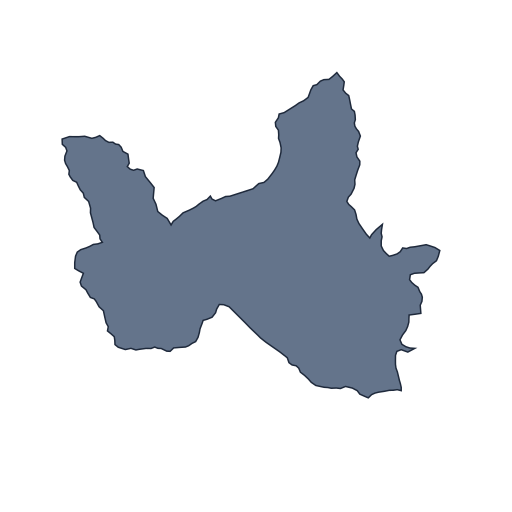 outline of Garça, São Paulo, Brazil, rotated 70°
{"feature_id": "56859067B4895649767626", "entity_name": "Garça", "entity_type": "district", "adm_level": 2, "iso_a3": "BRA", "parent_name": "Brazil", "parent_adm1": "São Paulo", "projection": "orthographic", "projection_center": [-49.7, -22.232], "detail": "fine", "context": "isolated", "style": "filled", "palette": "slate", "viewbox_px": 512, "rotation_deg": 70, "n_neighbors": 0, "source": "geoboundaries", "source_scale": "gbopen_adm2", "svg_char_len": 3925}
<svg xmlns="http://www.w3.org/2000/svg" viewBox="0 0 512 512"><g transform="rotate(70 256 256)"><path d="M111.3,117.3L113.3,122.1L115.0,127.0L113.5,131.9L113.7,135.7L115.8,140.2L115.5,144.0L118.6,147.6L121.5,150.0L124.8,152.8L126.4,158.1L126.9,163.3L128.1,167.5L129.3,173.1L130.9,180.5L130.5,185.7L133.8,187.7L137.0,192.1L141.0,193.1L145.4,191.9L149.9,193.2L153.2,194.6L157.6,194.6L163.0,195.4L167.1,197.1L171.8,200.2L175.6,202.8L178.7,205.6L181.5,209.0L183.9,212.4L187.8,218.6L189.6,223.3L188.9,228.6L190.1,231.7L191.8,235.8L190.9,260.1L189.7,264.2L190.1,268.8L190.3,275.2L187.4,277.9L184.1,278.4L186.2,282.7L186.4,287.0L187.8,292.0L189.0,295.3L189.6,298.6L190.1,302.9L190.5,309.8L192.6,314.4L194.1,318.6L195.1,321.9L197.8,325.2L190.3,326.6L185.6,330.1L180.6,333.1L173.2,332.3L166.6,332.9L161.5,330.5L156.8,328.3L151.6,330.0L143.6,332.8L137.2,332.6L133.6,337.9L133.6,341.7L131.4,344.5L128.0,346.4L125.4,343.4L121.5,342.6L116.5,341.5L112.2,345.3L107.6,345.5L104.3,346.9L102.8,349.7L100.1,351.6L98.9,355.4L96.0,358.0L93.1,359.4L89.4,361.7L89.7,365.9L89.3,370.0L84.9,376.0L83.2,382.0L81.6,386.3L80.0,390.5L79.8,398.2L84.8,399.8L88.8,397.7L92.6,397.7L96.8,401.4L100.5,403.1L104.0,403.3L107.8,402.6L111.9,402.2L115.2,403.9L118.2,403.5L122.3,402.3L125.4,399.3L129.4,399.0L133.7,398.5L137.9,396.8L142.2,397.3L147.5,394.6L154.5,395.1L158.8,396.8L163.4,397.2L168.9,397.7L173.8,398.4L179.0,396.8L182.9,395.7L186.5,396.7L190.6,395.7L190.5,400.5L189.5,404.9L190.1,408.9L190.3,412.9L190.1,418.5L191.2,422.6L194.4,425.6L200.2,428.6L205.7,430.6L209.3,427.7L213.2,424.1L217.4,427.7L220.4,430.2L224.5,430.3L229.6,427.3L233.3,426.8L238.3,425.8L241.0,422.6L244.2,421.7L250.1,420.8L255.2,418.1L261.7,419.0L267.5,419.7L271.9,419.0L275.6,421.2L279.6,418.8L283.3,416.8L286.9,417.5L291.0,418.8L294.6,416.7L299.2,410.8L300.0,405.1L303.2,401.0L303.8,397.4L305.2,391.0L307.0,386.3L306.9,382.3L309.2,379.8L310.5,376.7L314.9,372.4L316.2,369.3L314.2,364.8L315.9,358.6L317.4,353.4L317.3,350.0L316.2,345.9L315.8,342.0L312.6,338.3L308.7,335.5L305.3,333.5L300.9,329.7L298.4,327.7L298.7,323.7L298.5,318.2L295.5,313.4L292.4,311.1L289.0,307.1L290.7,303.0L294.5,298.6L315.0,289.0L321.5,286.1L331.0,281.4L334.5,279.8L340.5,276.1L354.0,266.6L362.3,261.4L367.5,261.5L370.7,259.4L372.9,255.8L376.0,254.2L380.4,254.0L384.8,251.2L389.6,248.8L393.6,247.3L398.1,244.1L400.9,239.7L402.7,236.8L404.2,233.4L406.0,230.5L407.5,225.7L409.4,222.0L409.2,216.5L413.1,210.6L417.2,206.9L421.3,205.7L424.8,202.1L427.7,199.0L425.8,194.8L425.5,191.1L425.9,187.3L427.0,181.9L427.8,176.7L429.1,172.9L429.9,169.0L432.2,165.6L429.2,164.5L425.4,164.0L422.0,163.8L418.6,163.4L413.3,162.8L409.1,162.8L405.5,162.0L402.1,160.8L397.1,158.9L393.8,156.3L393.7,151.6L398.2,146.2L397.1,138.4L395.1,142.9L392.5,146.2L388.9,149.1L384.0,149.4L380.3,145.3L377.3,140.7L374.1,137.6L370.4,135.0L366.6,133.5L363.8,132.3L365.0,127.0L366.3,120.7L358.4,118.5L355.4,115.6L351.6,113.8L348.5,113.6L345.5,114.3L340.8,114.5L337.7,116.8L334.2,118.7L330.8,119.8L326.4,117.4L326.4,113.1L327.8,108.2L329.1,103.9L327.1,98.9L325.3,96.1L323.6,92.7L322.2,88.1L318.6,84.8L313.7,81.4L309.2,85.0L305.8,89.3L303.6,92.2L302.8,96.9L301.6,103.8L300.5,108.2L300.5,111.9L298.6,115.4L301.3,119.0L302.3,122.7L302.2,127.3L301.8,130.9L298.2,132.8L294.4,134.4L289.4,134.9L284.5,133.1L281.1,131.0L277.5,130.6L274.0,128.9L269.5,126.4L272.3,134.0L275.5,140.1L278.0,142.9L273.2,144.9L267.3,146.5L260.6,148.2L255.8,148.6L251.2,147.8L246.4,147.6L242.2,149.6L239.3,151.2L235.8,152.0L232.3,149.1L230.4,145.5L225.9,140.7L222.5,138.5L218.2,137.2L214.2,134.2L210.2,131.1L205.8,127.3L202.4,126.0L197.4,127.3L193.2,126.7L190.7,123.5L187.5,123.2L183.8,120.8L179.0,116.9L174.0,117.0L171.1,118.1L167.9,118.7L164.6,118.1L161.8,116.0L157.4,114.7L153.7,114.1L150.5,116.0L144.5,115.1L140.8,114.5L137.0,114.0L133.6,116.1L129.7,117.4L125.6,115.1L122.5,113.5L119.3,114.4L115.7,116.0L111.3,117.3Z" fill="#64748b" stroke="#1e293b" stroke-width="1.5"/></g></svg>